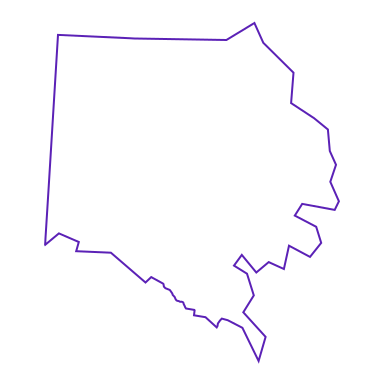 Davie, North Carolina, United States of America (orthographic projection)
{"feature_id": "52423323B1235583382537", "entity_name": "Davie", "entity_type": "district", "adm_level": 2, "iso_a3": "USA", "parent_name": "United States of America", "parent_adm1": "North Carolina", "projection": "orthographic", "projection_center": [-80.521, 35.903], "detail": "fine", "context": "isolated", "style": "outline", "palette": "violet", "viewbox_px": 384, "rotation_deg": 0, "n_neighbors": 0, "source": "geoboundaries", "source_scale": "gbopen_adm2", "svg_char_len": 1034}
<svg xmlns="http://www.w3.org/2000/svg" viewBox="0 0 384 384"><path d="M226.4,40.0L134.4,38.5L129.1,38.2L58.0,34.9L48.7,186.8L45.5,238.0L45.3,241.9L45.1,244.6L45.2,244.8L58.9,233.4L78.8,242.0L76.2,251.2L110.9,252.7L145.5,282.5L151.2,277.1L162.9,283.5L163.5,284.1L163.9,286.6L165.4,288.2L169.4,289.8L170.0,290.2L172.3,293.5L172.7,294.9L174.6,296.9L175.7,299.4L176.5,300.4L177.3,300.8L178.8,301.1L180.1,301.8L181.4,301.7L182.5,302.0L183.0,302.3L183.3,302.6L183.8,304.3L184.5,305.6L185.2,307.3L186.0,308.5L194.3,309.9L194.6,310.3L194.0,315.3L205.5,317.2L216.7,327.4L217.5,326.0L217.9,323.5L220.0,320.5L221.8,318.6L227.7,320.2L242.4,327.8L258.6,361.0L265.6,336.9L243.3,312.3L253.8,295.4L247.0,273.7L234.0,265.6L241.8,254.9L256.3,272.5L268.7,262.1L283.9,269.0L289.0,245.7L310.0,256.9L321.2,242.9L316.2,226.8L294.8,215.6L302.2,203.9L334.7,209.9L338.9,201.3L330.3,181.8L336.0,164.8L329.8,151.0L327.9,129.5L313.7,117.9L312.7,117.3L291.1,103.1L293.5,72.7L263.3,42.8L254.4,23.0L226.4,40.0Z" fill="none" stroke="#5b21b6" stroke-width="2"/></svg>